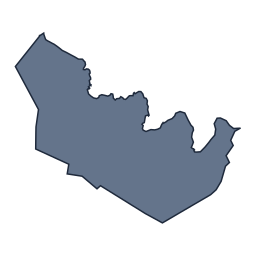 the district of Martin, North Carolina, United States of America
{"feature_id": "52423323B59070607035282", "entity_name": "Martin", "entity_type": "district", "adm_level": 2, "iso_a3": "USA", "parent_name": "United States of America", "parent_adm1": "North Carolina", "projection": "equal_earth", "projection_center": [-77.075, 35.865], "detail": "fine", "context": "isolated", "style": "filled", "palette": "slate", "viewbox_px": 256, "rotation_deg": 0, "n_neighbors": 0, "source": "geoboundaries", "source_scale": "gbopen_adm2", "svg_char_len": 2075}
<svg xmlns="http://www.w3.org/2000/svg" viewBox="0 0 256 256"><path d="M240.6,128.0L240.3,128.1L240.1,128.2L239.7,128.2L233.6,128.5L230.3,126.0L229.9,125.7L229.2,125.0L226.2,120.7L220.4,118.0L217.1,118.2L214.2,123.7L215.7,129.1L214.8,135.1L211.0,139.5L208.7,142.6L205.0,147.1L200.4,151.8L196.2,152.1L194.5,151.9L193.8,150.1L194.4,149.8L193.6,148.8L192.6,148.6L191.3,147.5L192.0,145.9L193.4,142.2L191.6,137.2L192.3,132.7L193.5,130.1L193.0,127.3L190.9,125.1L188.0,119.8L184.8,113.0L180.0,111.5L175.7,113.3L174.7,115.9L172.1,118.6L167.9,120.3L165.8,122.0L163.3,123.3L163.0,122.7L161.7,124.5L160.3,127.9L157.4,129.3L154.6,129.9L150.9,129.6L146.0,131.5L143.2,130.2L142.4,128.5L143.2,125.6L142.0,124.3L142.7,123.3L144.3,122.6L145.0,118.4L145.5,115.9L147.7,115.1L148.5,116.0L149.1,115.2L148.6,113.5L147.6,109.8L148.2,106.6L147.0,104.0L147.4,100.8L146.2,98.4L144.0,97.7L142.8,93.9L140.9,91.6L138.8,91.5L135.1,93.7L134.2,92.6L133.5,93.3L133.0,95.7L130.9,95.6L129.3,95.8L126.8,98.4L125.6,99.4L123.6,99.0L122.8,97.8L120.8,96.7L119.5,98.4L116.7,98.7L115.2,100.0L113.4,98.2L113.1,95.8L112.7,94.1L111.0,93.7L109.8,95.3L107.8,96.1L104.6,95.3L101.8,94.7L99.3,95.7L98.7,97.5L96.7,98.6L93.5,97.9L90.8,96.0L88.6,94.0L87.6,90.6L87.3,89.7L88.3,88.6L88.9,89.0L89.7,88.2L89.2,87.5L88.5,86.8L90.1,85.4L90.9,85.7L91.0,84.7L90.0,84.3L89.6,84.2L89.8,83.4L89.9,83.5L90.0,83.6L89.6,82.4L89.3,80.5L90.7,79.2L90.5,77.4L89.7,76.0L89.2,73.9L90.1,73.1L89.9,71.3L89.5,70.2L88.2,69.1L86.4,68.9L85.0,69.8L83.4,69.5L83.6,68.2L84.9,66.2L85.5,64.6L85.0,62.0L83.7,60.7L82.5,59.2L78.4,59.1L74.9,57.0L71.1,55.0L66.5,52.5L62.2,50.4L58.5,47.4L54.2,44.3L52.0,43.2L49.3,41.7L47.9,41.0L47.2,40.6L45.7,39.6L45.0,37.8L44.4,36.0L43.9,34.6L43.7,33.1L40.5,35.2L39.5,35.5L39.6,36.1L17.7,63.6L15.4,66.5L38.5,109.5L36.0,126.9L35.9,132.1L35.7,149.0L58.1,159.3L68.8,164.2L67.2,173.9L82.1,176.2L97.0,188.8L100.5,185.7L145.4,213.6L162.4,222.9L192.1,205.5L210.6,194.7L216.1,189.8L221.1,181.4L225.5,166.2L229.4,162.5L226.1,155.7L233.2,145.5L230.7,140.3L234.8,131.3L240.6,128.0Z" fill="#64748b" stroke="#1e293b" stroke-width="1.5"/></svg>